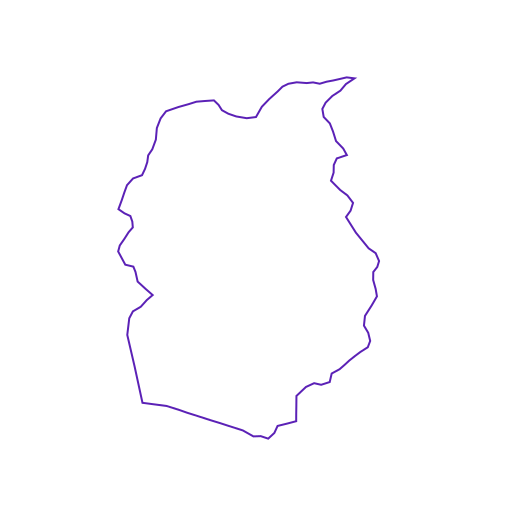 Gravatal, Santa Catarina, Brazil (Mercator projection), rotated 64°
{"feature_id": "56859067B54481618407288", "entity_name": "Gravatal", "entity_type": "district", "adm_level": 2, "iso_a3": "BRA", "parent_name": "Brazil", "parent_adm1": "Santa Catarina", "projection": "mercator", "projection_center": [-49.028, -28.349], "detail": "fine", "context": "isolated", "style": "outline", "palette": "violet", "viewbox_px": 512, "rotation_deg": 64, "n_neighbors": 0, "source": "geoboundaries", "source_scale": "gbopen_adm2", "svg_char_len": 1653}
<svg xmlns="http://www.w3.org/2000/svg" viewBox="0 0 512 512"><g transform="rotate(64 256 256)"><path d="M139.5,89.6L135.2,96.2L133.6,103.2L132.1,109.6L130.3,116.1L129.1,123.2L125.0,128.6L122.8,134.6L117.7,143.3L115.4,151.4L115.4,158.0L117.6,164.4L120.7,175.2L124.4,185.3L131.1,195.1L128.1,203.9L121.9,212.6L116.0,218.5L110.0,222.7L103.8,223.4L97.7,225.6L94.2,234.2L91.2,241.9L90.0,249.9L88.1,260.4L86.5,273.4L90.5,281.4L97.5,289.0L107.5,295.0L114.6,302.4L118.3,308.8L124.0,312.6L129.0,317.5L133.4,323.0L132.4,332.5L135.8,340.9L141.1,346.4L146.8,352.0L153.6,359.1L160.0,355.5L165.0,351.4L170.9,352.1L176.3,354.2L178.8,360.1L182.9,366.8L186.8,373.8L191.5,377.9L206.5,377.3L211.8,370.9L217.5,371.3L227.1,373.6L237.3,369.6L245.8,366.0L247.7,373.4L251.1,381.8L251.8,390.9L256.4,397.2L270.5,406.3L302.3,413.6L338.2,422.4L351.6,402.1L361.0,392.2L366.7,386.6L372.0,381.0L383.6,368.9L390.5,361.5L396.6,355.2L407.0,344.3L417.0,337.4L420.0,330.7L425.5,325.1L423.1,317.1L418.2,311.1L420.3,301.4L422.1,292.3L415.4,289.0L408.3,285.4L399.5,281.0L395.6,268.5L395.8,259.5L400.3,253.9L401.6,245.0L394.8,239.5L394.4,230.5L392.6,223.8L390.8,217.8L389.2,210.5L388.0,204.2L387.0,195.5L382.4,190.6L374.2,188.8L365.9,189.5L357.6,184.3L351.2,173.8L345.3,165.0L338.1,162.9L328.9,161.2L321.8,157.6L319.0,151.8L314.5,147.6L305.9,147.2L298.5,151.4L278.8,156.0L260.4,158.0L256.7,151.1L250.8,145.5L241.6,147.3L233.6,151.4L227.4,153.5L221.2,155.6L215.1,149.7L208.3,146.2L203.7,140.6L205.1,130.1L197.6,130.5L187.8,133.7L177.9,132.2L169.2,131.5L160.7,134.2L152.9,131.9L148.7,126.2L145.6,117.2L144.4,107.7L140.9,99.8L139.5,89.6Z" fill="none" stroke="#5b21b6" stroke-width="2"/></g></svg>